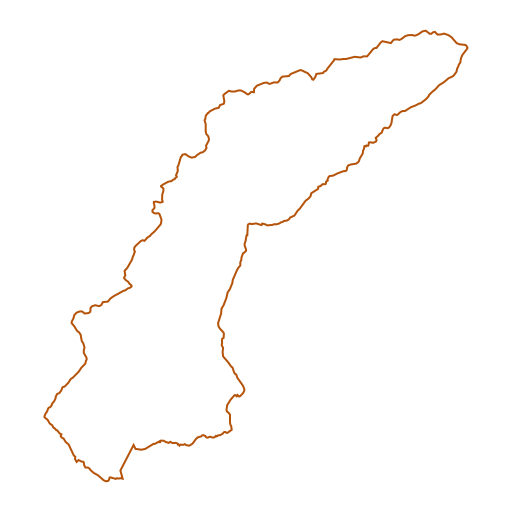 the district of Uzumba Maramba Pfungwe, Mashonaland East, Zimbabwe
{"feature_id": "62879985B20819792882543", "entity_name": "Uzumba Maramba Pfungwe", "entity_type": "district", "adm_level": 2, "iso_a3": "ZWE", "parent_name": "Zimbabwe", "parent_adm1": "Mashonaland East", "projection": "natural_earth1", "projection_center": [32.048, -17.097], "detail": "fine", "context": "isolated", "style": "outline", "palette": "amber", "viewbox_px": 512, "rotation_deg": 0, "n_neighbors": 0, "source": "geoboundaries", "source_scale": "gbopen_adm2", "svg_char_len": 5946}
<svg xmlns="http://www.w3.org/2000/svg" viewBox="0 0 512 512"><path d="M207.9,113.0L205.8,115.7L205.3,119.0L204.6,120.3L205.7,124.1L205.7,131.4L206.2,133.8L208.3,136.4L208.9,138.5L208.8,140.5L206.0,145.8L206.5,148.0L204.9,150.6L203.8,151.4L202.7,152.3L200.6,152.7L197.0,155.1L195.0,157.0L191.5,157.6L188.8,156.5L185.4,154.1L182.4,154.7L181.7,156.3L180.9,156.9L178.4,165.4L177.5,166.9L177.8,171.1L176.0,175.2L176.8,176.5L176.7,177.0L175.2,178.1L174.7,179.1L173.3,179.6L171.6,181.0L168.1,181.8L163.4,184.3L161.0,186.0L161.1,186.6L163.0,188.1L163.5,188.9L163.3,191.2L162.2,194.8L162.1,200.0L162.7,201.3L162.5,202.0L160.1,202.6L156.4,201.6L153.9,201.9L153.8,203.2L154.4,205.2L154.5,207.4L154.3,208.2L152.4,210.3L152.5,211.8L153.8,213.0L155.4,213.5L158.3,213.2L159.4,214.0L161.5,219.6L161.1,223.0L160.6,224.4L154.9,231.1L151.3,234.3L149.9,236.0L147.3,237.6L144.6,240.8L142.6,240.2L140.6,241.2L135.4,246.1L134.3,247.7L134.1,249.8L134.9,251.8L134.3,252.8L134.1,254.1L132.7,257.0L132.1,259.5L127.2,268.0L124.6,270.8L125.3,275.4L124.2,277.4L124.1,278.1L125.5,279.9L128.2,281.8L129.6,283.9L131.4,285.4L131.6,286.5L129.9,287.8L127.9,288.4L125.2,290.4L123.7,290.7L114.0,296.0L110.5,298.4L107.9,301.6L102.9,302.1L101.3,305.0L100.3,305.7L98.8,306.1L95.2,305.2L91.8,306.4L90.5,308.1L90.4,311.4L89.9,312.2L88.4,313.1L84.6,313.5L82.2,311.5L80.0,311.4L76.6,312.6L74.2,315.2L73.5,318.2L71.8,321.5L71.6,323.1L74.4,326.4L77.1,330.9L78.9,332.2L80.6,334.6L81.7,340.8L83.3,343.4L84.4,347.0L84.4,348.3L83.8,349.9L83.8,353.0L86.1,356.9L86.7,358.5L86.6,359.6L85.9,361.0L85.3,363.6L81.4,367.7L78.6,371.8L72.7,377.8L70.8,378.9L68.4,382.7L64.7,386.5L62.5,387.3L61.2,390.6L59.3,393.1L57.2,393.9L55.8,396.5L55.5,398.6L53.8,401.8L52.2,403.5L51.4,405.8L50.1,407.2L48.8,407.7L48.1,408.5L47.1,411.5L45.4,413.8L44.5,416.3L44.5,417.3L47.6,419.8L49.8,423.6L52.3,425.3L53.3,427.5L55.0,428.6L56.3,430.2L57.3,430.4L59.5,433.3L61.4,434.3L60.7,435.9L61.0,436.8L62.6,438.2L63.5,438.4L65.7,442.0L68.6,444.4L73.7,455.3L75.3,456.9L75.0,458.9L76.6,461.9L78.6,460.1L81.7,461.6L83.3,461.8L83.8,462.5L84.2,465.3L85.4,467.5L87.7,467.5L89.3,468.4L90.4,470.0L93.7,472.9L98.0,475.3L103.6,480.2L105.9,481.3L108.3,480.8L109.1,479.5L109.5,477.8L110.1,477.3L115.8,478.9L116.8,478.2L118.7,478.6L120.7,478.2L122.6,478.7L120.4,470.5L133.6,445.0L135.5,448.9L141.3,449.7L145.0,449.0L153.7,443.8L154.9,443.9L157.8,442.2L160.1,442.1L160.1,441.6L159.7,441.2L160.4,440.7L163.6,440.7L165.8,442.0L168.7,442.9L170.3,441.8L172.5,443.1L175.6,442.9L177.0,443.3L178.0,443.9L178.0,444.7L179.4,444.8L179.6,445.5L180.4,444.7L183.4,444.8L184.8,444.1L186.1,445.1L189.3,445.7L192.6,443.6L196.3,438.5L197.3,438.0L197.6,437.4L201.2,436.4L202.2,435.3L203.4,435.2L205.4,436.0L206.0,437.1L206.7,437.5L207.7,437.7L209.9,436.7L212.8,437.6L214.7,437.2L215.9,435.9L216.7,436.4L218.2,435.3L220.0,435.2L222.4,433.9L224.1,432.1L225.4,432.0L226.6,432.9L227.5,432.8L231.7,429.8L231.2,426.2L230.4,424.7L230.0,422.6L230.0,414.8L228.9,413.1L226.9,411.4L226.5,409.8L227.2,405.1L230.6,399.7L234.5,395.2L235.5,395.1L236.7,396.3L237.5,395.0L239.1,396.5L240.3,396.0L243.2,392.9L244.3,390.6L244.3,389.0L242.9,385.6L237.4,377.9L236.2,374.4L235.1,374.0L234.1,372.4L232.5,367.5L231.1,366.5L228.5,362.7L223.1,356.4L222.6,351.9L223.1,348.0L221.7,345.1L222.1,342.8L221.9,340.4L222.2,338.8L223.6,337.9L223.9,333.7L223.4,332.4L219.8,328.5L218.4,326.0L218.1,323.0L221.1,313.6L221.5,308.7L223.5,305.4L226.3,298.2L227.7,292.3L229.9,289.1L232.4,282.9L232.7,280.1L237.1,269.9L238.4,267.7L240.3,265.5L240.3,262.3L241.2,260.2L241.6,257.1L243.1,253.2L243.9,252.9L246.1,250.8L245.9,248.9L244.7,245.9L244.6,243.8L245.6,240.9L246.4,235.9L246.7,235.2L247.3,235.2L247.8,225.3L248.2,224.4L249.8,223.6L251.7,224.1L256.1,223.4L261.5,225.1L262.1,223.7L262.7,223.6L265.7,224.5L267.2,225.4L272.4,224.9L274.2,224.2L276.6,224.3L279.7,223.3L280.6,222.5L282.7,221.9L283.9,221.0L286.8,220.6L289.0,219.3L290.2,217.5L294.4,215.6L297.7,210.6L299.9,208.5L305.7,200.6L308.5,198.6L310.5,196.3L311.3,193.2L318.1,188.9L318.2,186.9L318.7,186.6L320.5,186.1L322.5,184.2L325.3,184.2L325.9,183.6L326.1,181.6L327.7,180.7L327.4,179.8L328.7,176.8L329.5,176.1L333.2,175.6L337.5,173.4L342.8,171.4L345.9,170.9L346.7,170.1L347.1,167.5L348.1,165.5L350.7,164.5L356.3,163.6L357.9,162.4L358.9,161.3L359.8,158.4L362.7,153.6L363.0,150.9L363.9,148.9L364.4,146.2L365.0,145.9L365.9,146.4L366.6,145.5L368.0,145.8L368.5,145.0L368.9,142.5L370.2,142.3L373.2,142.8L376.0,141.5L376.6,140.1L375.7,137.9L378.4,135.5L379.4,134.1L381.7,132.7L382.9,129.5L383.8,128.2L385.0,127.7L387.6,128.2L388.9,127.6L390.3,125.8L391.4,123.4L392.5,116.3L393.9,114.6L394.7,114.3L396.1,114.9L397.4,114.9L400.4,112.1L402.2,111.1L405.0,111.0L411.1,107.1L415.5,105.5L419.0,103.6L420.8,103.2L426.3,98.9L428.7,96.1L429.1,94.9L432.5,91.6L435.3,89.4L439.1,85.2L443.9,82.2L448.5,78.3L452.8,76.3L454.1,75.0L456.5,71.7L457.2,68.5L458.4,66.2L458.8,64.6L460.3,62.6L460.9,58.6L462.4,54.9L467.2,48.7L467.5,47.7L466.2,45.5L465.2,44.9L459.6,44.3L456.7,43.2L451.5,37.2L448.3,35.1L444.1,33.6L441.2,34.4L437.5,34.6L434.9,31.9L433.2,32.2L431.2,33.8L429.7,33.8L426.0,30.9L425.3,30.7L422.3,31.5L418.3,34.3L415.5,35.5L414.4,35.7L412.3,35.0L408.3,35.2L405.4,36.0L401.3,39.1L399.5,39.9L397.3,39.4L394.2,39.6L393.0,40.4L390.9,43.1L382.4,41.2L380.9,42.3L376.4,48.0L375.0,48.0L373.2,49.0L367.1,56.4L363.5,56.3L360.6,57.5L354.7,56.8L346.1,59.0L343.0,59.0L340.1,59.5L334.4,59.2L334.1,60.2L327.9,68.0L326.5,70.2L325.6,71.1L324.2,71.5L322.9,73.1L316.4,73.9L315.3,77.0L313.4,79.7L312.3,79.4L311.2,77.1L307.7,73.2L301.5,70.3L300.2,70.1L290.7,74.0L289.0,76.0L282.2,76.7L280.4,78.5L279.7,80.3L277.7,82.5L273.8,82.4L270.1,83.8L269.0,83.8L267.0,82.6L264.1,82.8L256.9,85.7L254.2,88.7L253.9,92.2L251.3,91.9L248.6,94.3L247.4,94.3L244.6,92.3L241.1,90.5L238.6,90.4L235.0,91.5L231.4,91.5L228.9,90.8L224.6,93.9L223.3,95.3L224.3,101.0L224.0,103.2L223.6,103.9L220.1,105.0L218.7,107.8L214.8,108.7L209.7,111.4L208.5,112.9L207.9,113.0Z" fill="none" stroke="#b45309" stroke-width="2"/></svg>